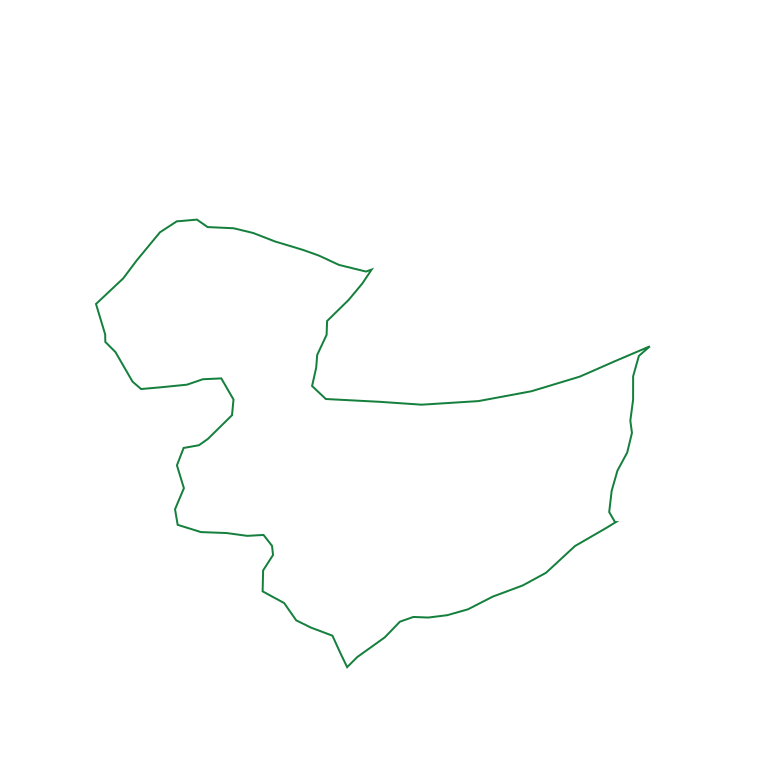 outline of Sandviken, Gävleborg, Sweden, rotated 150°
{"feature_id": "70781695B54333453376025", "entity_name": "Sandviken", "entity_type": "district", "adm_level": 2, "iso_a3": "SWE", "parent_name": "Sweden", "parent_adm1": "Gävleborg", "projection": "equal_earth", "projection_center": [16.677, 60.515], "detail": "fine", "context": "isolated", "style": "outline", "palette": "green", "viewbox_px": 768, "rotation_deg": 150, "n_neighbors": 0, "source": "geoboundaries", "source_scale": "gbopen_adm2", "svg_char_len": 1210}
<svg xmlns="http://www.w3.org/2000/svg" viewBox="0 0 768 768"><g transform="rotate(150 384 384)"><path d="M252.2,148.5L253.0,149.0L253.0,160.5L240.3,177.6L225.1,192.3L207.7,203.0L193.7,217.7L189.0,229.1L176.1,245.9L164.4,266.1L149.2,280.9L134.9,283.7L172.6,288.3L210.8,292.5L259.9,304.0L310.8,322.0L361.8,347.3L396.3,370.5L441.9,400.1L447.3,418.2L434.6,432.0L427.3,442.6L409.1,455.3L401.8,467.0L372.6,474.5L352.5,481.9L337.5,489.3L343.4,490.4L363.4,509.6L376.2,527.8L387.1,540.6L407.2,562.0L421.8,580.2L436.4,594.1L458.3,608.1L463.8,619.9L479.9,627.4L482.1,628.5L502.2,627.4L536.8,614.5L556.9,605.9L593.4,597.3L600.7,566.3L604.3,559.8L600.6,545.9L600.6,511.8L596.9,501.1L578.6,492.6L554.9,481.9L538.5,478.7L522.1,470.2L522.1,445.8L531.2,433.0L564.0,424.5L574.9,423.5L589.5,428.8L604.0,417.1L609.4,393.8L627.6,380.0L633.1,365.2L616.6,347.3L594.8,333.6L578.4,320.9L563.8,313.5L561.9,299.8L565.6,291.4L581.9,283.0L592.8,265.1L580.0,244.2L578.2,223.2L569.1,209.6L554.5,191.8L556.3,173.0L557.5,157.2L543.7,160.9L510.0,164.2L489.1,170.2L475.1,167.6L462.4,159.6L444.9,152.2L424.0,146.9L396.1,145.5L364.7,140.2L338.0,139.5L299.6,148.2L263.6,148.2L252.2,148.5Z" fill="none" stroke="#15803d" stroke-width="2"/></g></svg>